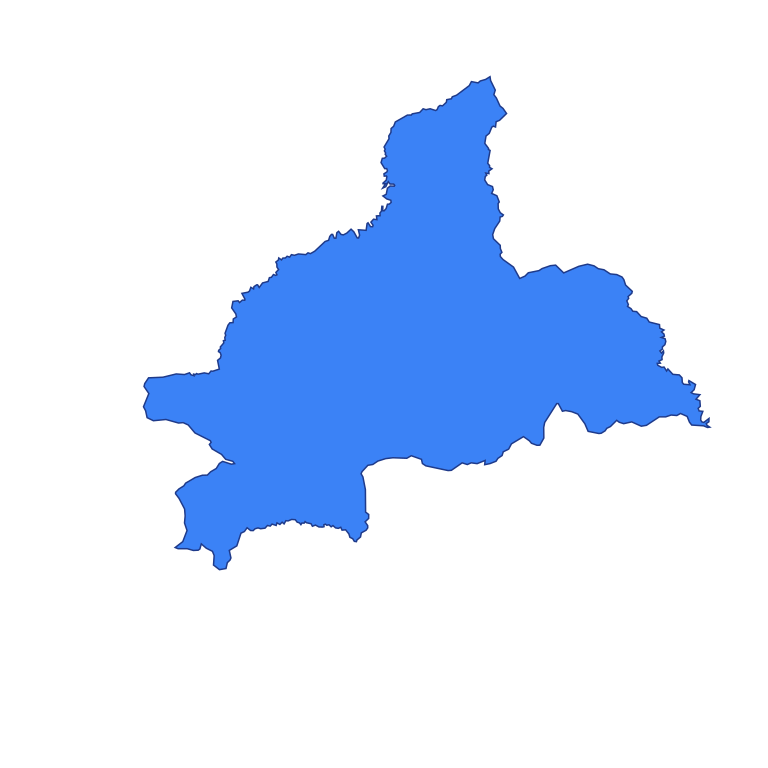 the district of La Palma, Cundinamarca, Colombia, rotated 237°
{"feature_id": "7082276B19897165223150", "entity_name": "La Palma", "entity_type": "district", "adm_level": 2, "iso_a3": "COL", "parent_name": "Colombia", "parent_adm1": "Cundinamarca", "projection": "orthographic", "projection_center": [-74.393, 5.347], "detail": "fine", "context": "isolated", "style": "filled", "palette": "blue", "viewbox_px": 768, "rotation_deg": 237, "n_neighbors": 0, "source": "geoboundaries", "source_scale": "gbopen_adm2", "svg_char_len": 6171}
<svg xmlns="http://www.w3.org/2000/svg" viewBox="0 0 768 768"><g transform="rotate(237 384 384)"><path d="M517.4,189.9L514.7,183.6L512.6,181.4L504.1,181.6L495.9,169.9L491.4,169.5L484.8,167.0L478.8,170.6L473.0,181.8L463.2,190.4L461.0,194.5L456.3,197.5L445.9,198.8L431.0,207.5L429.2,207.2L428.4,204.6L423.1,204.5L413.5,209.4L407.1,210.2L401.5,215.1L398.6,215.3L399.9,212.3L407.0,206.5L407.0,202.6L404.5,197.3L404.8,190.8L403.8,186.2L406.4,182.0L408.4,174.7L408.9,163.6L407.6,160.7L407.7,155.0L406.7,150.3L405.5,149.4L399.7,149.8L387.8,148.7L381.7,145.4L376.1,141.0L368.4,139.0L361.4,129.4L360.6,119.8L358.0,121.6L353.1,129.2L348.2,133.5L345.8,137.7L345.9,139.7L349.4,143.7L343.1,145.5L337.1,149.0L332.6,148.1L325.0,142.4L317.9,144.9L315.3,151.0L319.5,155.3L320.2,159.0L321.5,160.9L328.7,163.6L328.4,172.4L336.8,182.8L336.3,186.6L338.0,190.9L333.8,192.3L332.3,194.4L332.8,197.1L331.9,200.0L329.8,201.7L327.9,205.7L328.8,209.2L326.8,211.2L327.5,213.8L324.1,216.5L325.8,218.6L322.9,220.2L323.6,223.3L321.1,224.0L322.8,227.3L321.4,229.0L320.7,232.8L318.5,235.7L315.5,235.9L313.5,237.5L311.3,237.7L312.1,239.4L310.8,241.3L311.6,242.9L309.9,243.4L306.6,246.7L303.7,246.5L303.0,249.7L299.5,251.6L297.4,254.7L297.0,256.0L298.7,256.9L298.4,258.5L296.7,259.1L295.9,261.2L293.0,261.9L293.1,264.1L289.7,265.0L287.8,267.1L287.4,269.7L284.3,269.2L282.6,272.4L277.4,272.9L274.0,271.9L271.3,273.5L268.2,273.4L266.8,275.0L267.9,276.3L268.5,281.0L271.5,283.9L271.1,289.3L272.2,292.0L274.1,293.2L278.7,293.1L279.6,297.9L282.9,300.1L286.6,298.8L305.6,310.9L317.5,315.7L321.2,315.9L322.5,317.9L324.6,326.2L322.6,330.8L322.7,336.9L320.5,344.8L317.3,351.3L309.3,362.7L309.0,367.8L300.4,374.4L296.4,372.9L292.6,374.5L276.5,390.6L274.9,393.5L275.3,406.6L271.1,410.0L270.4,414.2L266.5,418.7L264.8,427.2L261.5,424.5L259.5,429.6L258.2,435.9L259.6,439.0L259.7,444.1L262.2,447.1L261.5,453.1L264.4,458.3L263.9,472.3L257.2,475.0L254.0,475.4L249.3,478.9L247.8,481.4L251.6,488.6L260.6,494.3L264.2,497.8L273.5,518.2L272.6,519.5L264.0,518.8L262.8,521.9L258.6,526.3L253.2,530.2L241.3,530.8L233.1,529.4L225.4,537.3L224.4,539.4L224.3,543.9L225.5,546.7L225.0,550.8L226.8,559.4L223.9,560.4L220.2,563.4L217.3,571.1L208.5,576.8L206.4,581.6L206.5,597.0L203.0,602.4L201.6,607.9L198.1,612.4L197.8,616.6L191.7,620.6L185.7,619.4L182.0,619.7L174.9,629.2L171.3,631.7L170.4,633.7L173.4,632.4L175.3,632.7L175.4,635.9L178.1,637.8L177.6,631.3L179.0,630.0L181.2,629.9L184.1,632.0L187.4,636.5L189.8,633.6L192.5,634.2L193.0,637.1L197.9,639.8L201.3,637.4L203.0,643.1L207.2,638.2L209.5,636.9L210.3,641.0L213.9,645.0L220.8,641.6L219.9,640.6L216.7,640.2L220.6,635.2L222.8,635.0L226.9,637.3L230.8,636.6L234.8,631.5L242.0,630.3L241.0,628.1L245.7,628.1L246.7,625.9L250.6,623.8L252.5,624.4L251.0,627.1L253.5,627.1L253.0,630.5L255.4,631.8L257.7,635.5L259.6,636.4L258.8,633.6L261.5,633.4L261.6,636.4L263.5,637.7L264.0,641.0L266.2,643.5L268.9,644.4L272.0,641.9L271.4,645.2L273.4,646.0L276.6,645.1L276.8,648.2L280.6,645.7L283.8,647.4L291.5,640.2L296.1,640.2L300.5,636.4L307.1,635.3L309.5,632.3L312.7,632.2L316.4,630.5L317.5,632.2L321.5,632.9L322.6,635.9L324.4,636.3L325.1,641.2L326.5,642.7L335.4,640.5L340.9,642.0L344.1,641.9L349.0,638.8L353.1,633.7L360.0,630.7L364.0,626.5L368.7,624.5L373.6,620.0L376.6,611.5L379.3,595.2L390.2,592.7L392.6,588.0L394.7,579.5L394.7,575.7L398.7,565.6L397.7,561.0L398.6,555.3L411.5,556.3L423.6,551.6L427.5,551.0L429.6,552.1L430.2,554.6L434.1,555.3L437.0,557.0L446.2,554.9L450.1,556.5L454.0,561.5L457.6,569.8L460.8,572.3L460.1,574.6L460.8,576.2L464.3,574.8L468.6,575.2L473.2,578.0L473.9,579.8L480.4,581.2L485.2,578.1L487.4,581.4L490.5,582.5L494.8,579.5L500.3,579.6L502.9,582.0L503.1,583.9L505.5,584.2L503.3,586.6L505.5,587.8L505.7,591.8L508.2,590.5L509.6,591.5L512.6,591.2L522.1,600.2L523.8,599.3L524.6,600.0L530.9,599.6L536.4,604.6L536.9,608.8L540.7,614.3L540.7,616.1L538.8,617.5L542.9,620.9L542.2,624.5L544.1,634.1L550.3,633.9L554.0,632.7L562.7,634.0L566.8,633.7L569.9,637.4L580.5,638.7L584.0,640.3L584.1,635.1L585.7,629.8L585.3,626.9L590.0,622.0L587.8,618.0L586.7,602.1L587.7,597.7L586.5,595.9L588.3,591.5L586.3,589.7L585.4,584.6L587.1,582.7L587.0,580.7L585.2,578.0L585.2,576.3L589.7,572.6L591.2,568.6L593.5,566.7L592.3,561.8L595.2,554.8L594.7,553.4L596.8,550.1L597.6,536.2L594.9,532.5L594.4,529.1L591.2,526.8L589.4,523.1L587.0,521.8L582.7,513.1L580.3,512.9L579.3,511.3L576.9,511.2L576.0,510.1L573.6,510.3L573.1,507.5L574.2,505.5L571.3,502.1L564.2,501.9L563.2,503.6L561.1,503.1L560.3,502.0L560.3,498.4L558.2,497.4L557.1,499.4L556.3,499.3L553.8,497.0L553.0,492.5L552.4,492.3L551.2,494.5L549.0,489.6L548.5,493.0L551.4,497.8L548.4,498.0L546.4,501.0L544.8,501.2L544.3,500.3L546.7,497.0L546.3,493.5L541.9,489.2L542.3,485.5L537.7,487.1L534.4,489.8L532.4,488.9L532.0,486.4L532.9,484.8L530.0,481.4L529.2,478.4L530.0,477.3L533.6,479.8L534.2,479.0L530.4,476.0L529.6,473.7L527.3,472.4L529.1,469.2L525.7,467.6L527.9,465.0L526.9,461.2L523.1,461.3L522.1,460.1L523.3,458.4L527.9,458.4L527.8,457.2L522.6,452.7L527.3,446.5L522.1,444.6L520.3,442.2L521.1,441.1L528.1,441.6L531.8,440.7L530.8,434.9L531.2,431.1L532.9,429.4L536.8,429.1L536.6,426.9L532.5,423.1L533.4,421.7L537.4,422.4L538.1,421.4L537.3,418.9L534.7,415.8L535.6,412.2L533.1,398.2L533.4,393.3L535.4,391.7L535.1,388.9L539.7,383.0L540.7,379.0L542.9,376.8L541.8,374.0L543.9,372.3L543.4,370.0L544.7,367.7L543.9,365.6L547.0,364.4L545.5,362.9L545.2,359.7L543.0,359.5L540.4,357.9L537.4,357.9L536.5,354.1L533.9,353.7L534.1,352.3L536.0,350.9L534.8,347.7L535.6,345.8L533.1,342.7L534.9,337.2L532.9,331.9L536.0,332.0L536.5,331.3L536.5,328.0L534.8,326.4L537.6,325.0L535.2,321.8L535.1,319.9L537.4,314.2L530.9,313.6L530.1,312.8L531.5,310.9L531.0,307.2L533.2,307.0L535.5,302.3L530.8,297.7L523.5,297.9L520.6,296.8L520.6,293.0L517.7,290.9L519.3,288.0L518.3,285.2L513.1,278.3L511.1,277.8L509.7,275.8L507.2,274.6L507.8,272.9L505.7,272.0L504.2,266.9L502.7,266.3L502.3,263.7L501.3,262.8L499.6,263.7L496.9,263.1L494.9,261.0L494.5,257.3L486.2,254.0L488.0,247.3L489.1,246.0L488.0,242.6L491.2,239.3L493.5,233.4L494.9,232.4L494.5,231.1L495.9,229.8L494.4,229.2L496.9,227.1L499.3,227.0L500.6,221.8L505.6,215.2L510.1,202.3L517.4,189.9Z" fill="#3b82f6" stroke="#1e3a8a" stroke-width="1.5"/></g></svg>